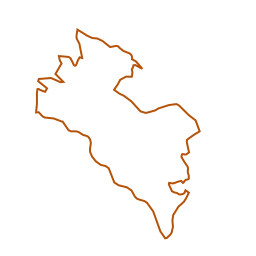 an SVG outline of Utrecht, rotated 45°
{"feature_id": "NLD-3484", "entity_name": "Utrecht", "entity_type": "Province", "adm_level": 1, "iso_a3": "NLD", "parent_name": "Netherlands", "parent_adm1": "", "projection": "robinson", "projection_center": [5.188, 52.113], "detail": "fine", "context": "isolated", "style": "outline", "palette": "amber", "viewbox_px": 256, "rotation_deg": 45, "n_neighbors": 0, "source": "natural_earth", "source_scale": "10m", "svg_char_len": 2227}
<svg xmlns="http://www.w3.org/2000/svg" viewBox="0 0 256 256"><g transform="rotate(45 128 128)"><path d="M181.0,79.6L181.0,79.8L179.5,85.8L178.6,91.2L178.1,94.6L179.5,96.4L188.4,102.1L187.9,105.2L187.1,106.5L185.5,107.5L185.0,107.9L184.8,108.5L186.3,110.7L192.2,112.2L197.3,113.1L199.0,114.1L201.2,116.7L202.2,117.4L204.2,118.4L206.1,120.1L206.8,120.8L206.7,121.9L205.5,123.8L205.5,125.9L205.8,127.0L205.8,127.6L205.7,128.0L203.0,127.8L201.1,131.0L199.7,134.3L198.9,135.4L197.7,136.5L195.9,137.7L196.3,138.4L196.8,139.0L203.7,141.6L205.9,141.0L208.5,139.4L209.3,139.2L210.3,139.1L211.3,138.6L212.3,137.7L213.3,136.2L213.7,135.0L213.8,133.7L212.7,131.4L216.8,130.7L218.9,137.0L219.2,138.7L219.7,140.5L219.3,148.0L221.5,157.6L224.7,161.9L229.8,166.2L231.5,169.1L232.5,170.5L233.0,171.7L233.3,173.3L233.2,178.3L232.3,179.7L224.0,178.2L204.9,169.2L194.3,167.4L191.2,168.1L186.3,170.8L184.0,171.7L181.2,171.6L174.7,169.7L169.2,170.7L161.9,175.1L156.8,176.2L142.9,170.1L139.2,170.7L134.7,173.4L128.8,174.3L125.1,173.9L122.7,173.6L118.1,171.7L115.7,169.4L112.3,164.8L109.3,162.9L105.9,162.3L103.6,163.2L101.4,164.6L95.8,165.8L93.6,167.1L90.0,170.7L87.5,171.6L77.2,169.7L76.7,170.2L68.7,173.8L61.8,179.4L59.3,180.2L53.7,180.0L52.0,182.0L46.6,175.4L38.7,167.5L36.5,164.5L37.3,163.6L38.9,163.2L40.7,162.5L43.8,161.0L42.7,157.2L31.4,158.4L30.3,156.4L38.2,147.1L47.9,143.3L49.7,141.1L38.5,141.1L35.4,129.4L31.7,128.3L28.3,126.0L29.8,124.7L35.7,119.8L36.9,119.5L38.2,119.3L39.0,119.7L39.9,120.0L41.1,120.3L45.2,121.8L46.2,121.6L46.7,121.0L46.8,120.3L46.4,119.2L44.8,115.8L43.8,112.3L46.1,110.9L34.0,102.8L28.6,101.1L27.1,100.0L25.9,98.6L22.7,94.2L34.2,91.5L39.2,89.6L42.9,86.5L48.3,84.5L58.1,83.4L61.6,78.3L62.4,77.7L63.5,77.2L65.8,77.3L70.5,76.7L76.7,74.0L78.5,74.0L80.0,74.5L81.1,75.3L82.3,76.6L86.3,75.3L96.3,76.0L88.7,78.3L87.5,79.8L88.4,81.2L88.8,82.1L89.0,83.3L89.4,84.0L90.0,84.4L90.6,84.7L91.5,85.3L92.1,85.9L92.6,86.5L93.2,87.2L94.4,89.1L90.3,93.1L88.4,99.4L89.9,104.2L91.1,110.8L97.6,109.8L102.0,108.2L111.3,106.8L125.1,107.4L129.9,104.8L131.7,101.9L133.5,98.6L134.8,96.3L135.7,92.6L140.7,82.9L145.2,77.0L146.3,76.5L148.2,76.0L162.1,75.9L170.4,74.8L180.4,79.4L181.0,79.6Z" fill="none" stroke="#b45309" stroke-width="2"/></g></svg>